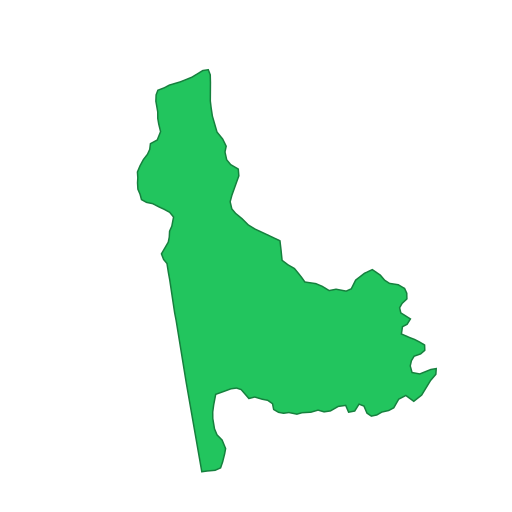 Benevides, Pará, Brazil (Mercator projection), rotated 159°
{"feature_id": "56859067B32539617912041", "entity_name": "Benevides", "entity_type": "district", "adm_level": 2, "iso_a3": "BRA", "parent_name": "Brazil", "parent_adm1": "Pará", "projection": "mercator", "projection_center": [-48.283, -1.361], "detail": "fine", "context": "isolated", "style": "filled", "palette": "green", "viewbox_px": 512, "rotation_deg": 159, "n_neighbors": 0, "source": "geoboundaries", "source_scale": "gbopen_adm2", "svg_char_len": 2076}
<svg xmlns="http://www.w3.org/2000/svg" viewBox="0 0 512 512"><g transform="rotate(159 256 256)"><path d="M152.3,201.6L160.9,201.0L171.6,197.8L178.8,191.2L184.4,190.9L193.2,196.3L200.1,197.5L205.1,204.0L210.1,208.8L219.7,214.2L221.0,219.3L222.5,224.2L224.6,230.5L229.3,236.3L233.2,242.6L230.4,253.0L228.2,261.6L240.8,274.8L247.3,281.5L252.1,287.8L255.7,295.9L259.8,303.1L261.7,308.6L260.7,315.9L256.8,321.3L248.3,331.2L243.3,337.0L241.4,343.5L246.9,350.4L248.9,356.3L247.7,364.2L244.5,369.2L245.2,377.1L248.0,385.7L246.6,402.2L244.7,410.8L243.1,417.1L236.4,434.2L233.8,441.5L233.8,447.0L239.2,448.2L251.7,445.9L264.3,445.7L275.6,446.6L281.4,445.9L288.2,445.9L291.5,442.2L294.0,436.4L296.1,425.7L298.4,419.6L299.5,414.1L300.5,406.3L306.6,399.7L314.3,398.7L317.0,393.6L320.9,389.8L326.4,386.5L331.9,381.8L336.6,376.9L338.3,371.4L340.4,366.7L342.3,360.7L342.1,355.2L342.7,349.7L339.0,345.3L333.7,341.9L328.9,336.5L325.1,332.6L320.9,327.7L319.0,321.9L323.9,314.0L327.8,310.1L330.2,304.7L333.0,300.3L343.5,291.9L343.5,285.9L341.8,280.9L343.7,272.0L345.1,264.6L350.4,240.7L352.3,232.1L353.7,224.2L366.4,163.3L383.9,74.0L378.7,72.8L371.0,70.6L365.0,70.9L360.9,75.8L356.2,82.5L353.4,87.1L353.6,96.3L356.5,103.0L356.7,109.5L354.6,119.7L352.3,125.9L348.8,132.3L343.2,141.3L334.4,141.1L327.0,141.0L321.5,139.7L317.7,136.6L313.7,125.5L307.7,124.8L301.6,120.1L296.8,117.1L293.5,112.2L294.5,106.4L291.0,102.0L286.6,99.3L281.4,98.1L274.5,93.7L269.2,93.2L260.7,90.5L253.3,89.9L248.3,86.1L242.0,84.7L233.1,86.1L225.8,84.4L225.5,77.0L219.4,75.9L212.9,80.8L209.0,77.2L208.7,69.5L205.7,65.2L200.2,64.3L194.4,65.2L187.5,64.2L181.8,64.9L174.1,71.2L166.1,72.1L160.8,63.8L151.2,66.8L137.7,77.2L130.5,81.1L128.1,86.3L133.5,87.4L145.4,87.2L152.1,91.3L151.4,98.1L148.4,102.6L144.3,105.8L137.4,105.6L132.2,107.5L130.5,112.5L134.4,117.4L137.9,121.3L141.8,124.8L148.2,131.1L144.6,137.5L139.4,138.1L134.4,141.9L141.2,151.0L140.5,156.2L136.6,159.4L130.5,161.9L128.6,167.2L128.9,172.4L133.5,178.2L141.2,182.6L144.6,187.3L146.8,193.6L152.3,201.6Z" fill="#22c55e" stroke="#15803d" stroke-width="1.5"/></g></svg>